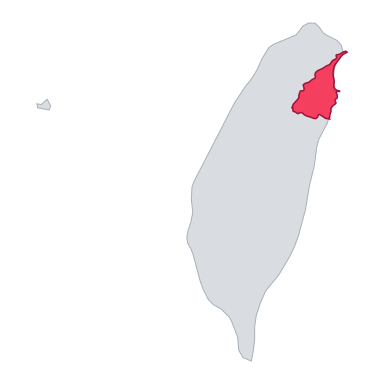 Yilan on a map of Taiwan (Natural Earth projection)
{"feature_id": "TWN-1163", "entity_name": "Yilan", "entity_type": "County", "adm_level": 1, "iso_a3": "TWN", "parent_name": "Taiwan", "parent_adm1": "", "projection": "natural_earth1", "projection_center": [121.682, 24.662], "detail": "fine", "context": "in_parent", "style": "filled", "palette": "rose", "viewbox_px": 384, "rotation_deg": 0, "n_neighbors": 0, "source": "natural_earth", "source_scale": "10m", "svg_char_len": 2209}
<svg xmlns="http://www.w3.org/2000/svg" viewBox="0 0 384 384"><path d="M265.7,290.9L260.5,302.7L256.3,315.2L254.6,327.0L254.7,339.1L253.4,350.1L251.4,361.0L243.1,357.8L238.7,350.1L237.7,337.3L231.8,321.9L229.6,317.5L221.0,308.9L213.2,304.6L207.2,298.2L208.0,298.7L203.5,290.2L200.2,281.1L193.3,255.2L190.9,248.9L187.7,243.2L186.8,237.5L187.9,231.3L190.9,221.9L192.8,212.4L191.3,199.5L192.0,186.8L194.2,181.1L234.1,103.6L244.9,87.0L251.5,78.9L257.0,69.8L262.3,58.2L268.7,47.7L273.4,44.4L296.1,34.9L303.1,25.9L308.8,23.0L315.2,23.2L319.4,27.5L323.1,32.7L327.0,35.4L337.0,40.4L341.4,45.3L343.4,53.6L337.3,61.5L334.3,68.7L333.7,76.6L334.8,87.2L334.9,97.9L327.3,123.1L319.1,138.7L316.8,146.5L314.3,165.8L309.5,185.3L305.4,209.9L298.6,235.2L294.8,245.8L290.0,256.0L278.6,275.2L265.7,290.9ZM47.1,99.2L50.7,105.9L49.1,110.0L37.6,107.8L36.9,103.8L41.3,104.5L47.1,99.2Z" fill="#d9dde1" stroke="#a8b0b8" stroke-width="1"/><path d="M347.1,52.3L343.2,54.3L341.5,56.0L335.5,63.9L334.5,65.6L333.8,67.9L333.3,70.6L333.1,73.3L333.2,75.9L334.3,81.3L334.2,82.6L333.8,84.0L333.8,86.8L334.9,89.0L337.0,90.4L339.5,90.9L339.5,91.5L338.4,91.4L337.4,91.5L336.6,91.8L336.0,92.3L336.9,94.0L337.3,96.3L337.0,98.3L335.1,99.5L335.0,100.3L335.2,101.4L335.8,102.3L335.9,103.3L335.1,104.1L333.2,105.4L330.9,108.2L330.8,109.3L331.0,111.7L330.6,112.7L330.2,113.4L329.9,114.6L329.8,116.8L329.6,117.4L329.3,117.8L329.1,118.3L329.4,118.9L329.5,119.0L329.2,119.0L325.6,118.4L319.7,114.5L318.4,114.8L317.7,116.9L316.1,118.5L314.0,118.5L311.4,117.4L306.6,116.0L304.5,114.9L303.7,114.2L301.8,112.6L300.3,112.6L298.7,113.4L297.5,113.6L296.3,112.7L294.9,111.8L293.3,111.4L292.8,110.1L293.1,108.2L291.9,107.8L293.3,104.2L297.8,99.2L299.0,97.2L298.8,95.7L299.2,94.0L300.0,91.8L300.1,91.2L301.4,90.7L302.4,90.9L303.5,90.5L304.2,89.1L303.2,84.8L305.0,83.4L305.9,83.1L307.8,82.6L309.3,81.9L310.6,80.8L312.1,79.6L314.3,78.5L315.5,77.5L315.4,76.8L315.1,75.7L315.0,74.2L315.6,72.5L317.1,71.1L318.4,70.3L322.5,68.5L326.8,65.7L328.8,65.0L330.4,63.8L331.4,62.0L332.5,60.6L333.7,59.9L334.8,59.5L336.2,58.4L336.8,57.1L336.0,55.9L336.4,54.9L340.0,54.1L341.2,53.2L343.8,51.7L345.7,51.2L346.8,51.9L347.1,52.3Z" fill="#f43f5e" stroke="#9f1239" stroke-width="1.5"/></svg>